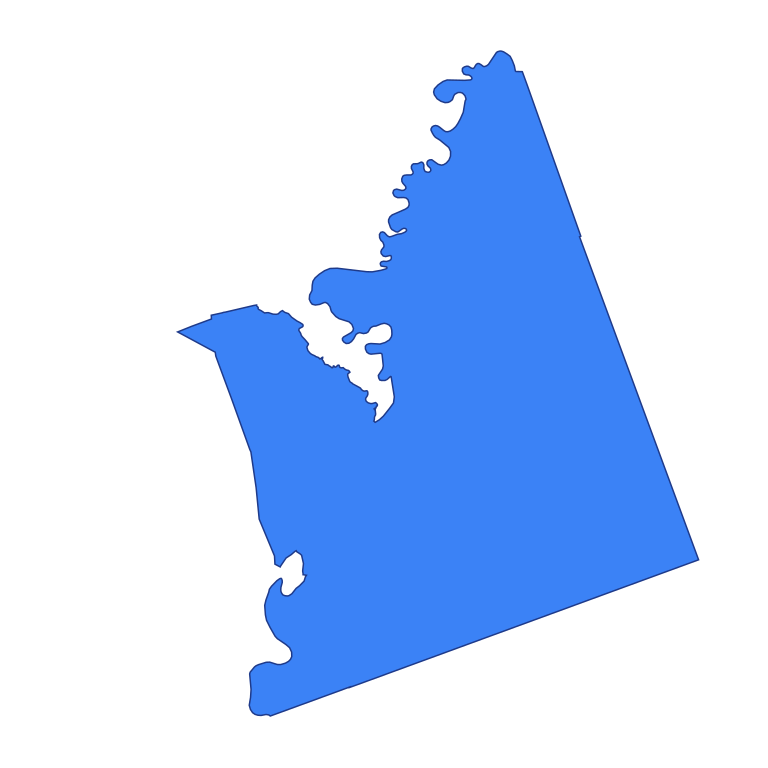 Renmark Paringa, South Australia, Australia, rotated 340°
{"feature_id": "25037944B48526955129661", "entity_name": "Renmark Paringa", "entity_type": "district", "adm_level": 2, "iso_a3": "AUS", "parent_name": "Australia", "parent_adm1": "South Australia", "projection": "orthographic", "projection_center": [140.752, -34.143], "detail": "fine", "context": "isolated", "style": "filled", "palette": "blue", "viewbox_px": 768, "rotation_deg": 340, "n_neighbors": 0, "source": "geoboundaries", "source_scale": "gbopen_adm2", "svg_char_len": 6147}
<svg xmlns="http://www.w3.org/2000/svg" viewBox="0 0 768 768"><g transform="rotate(340 384 384)"><path d="M620.8,137.8L614.9,135.5L614.5,134.7L615.3,129.6L615.2,124.0L614.6,119.2L612.5,116.0L610.0,112.8L608.4,111.5L606.9,110.8L604.6,110.6L603.1,110.9L591.5,119.4L589.3,120.1L587.1,120.1L586.0,119.6L584.3,117.0L582.9,115.4L581.8,114.9L580.3,115.1L579.0,115.9L577.5,117.2L576.4,117.9L575.5,118.0L574.0,116.9L572.0,114.4L570.6,113.7L568.4,113.5L566.6,113.8L565.5,114.5L564.6,116.8L565.0,119.9L566.8,121.5L569.3,122.6L570.6,124.1L571.3,125.8L571.1,127.1L570.4,127.7L569.1,127.8L563.8,126.3L547.3,119.9L543.0,119.9L537.2,121.4L532.4,123.8L530.5,126.6L530.2,129.4L531.5,134.2L534.2,137.8L537.6,140.5L540.5,141.3L542.5,141.2L544.8,140.5L545.6,140.1L548.1,137.1L549.5,136.0L553.1,135.4L555.4,136.1L557.2,137.4L558.1,139.3L558.7,140.9L558.6,143.8L558.3,144.7L557.3,145.5L556.6,146.6L551.4,155.8L546.5,160.9L542.5,164.5L539.4,166.7L536.1,168.1L532.9,168.9L530.4,168.8L528.3,168.0L526.9,166.3L524.1,161.7L522.7,159.9L520.8,158.7L518.7,158.5L517.1,158.9L515.5,160.3L515.0,161.5L515.3,164.7L515.8,167.4L516.7,169.8L520.0,174.0L525.8,183.9L526.1,188.3L524.4,192.7L521.6,195.8L518.1,197.7L515.1,198.3L512.8,198.0L510.0,196.0L505.6,189.6L503.5,189.0L501.8,189.2L500.3,190.3L499.6,192.1L499.9,194.1L501.4,197.1L501.3,198.3L501.0,199.4L500.0,200.1L498.7,200.4L497.2,199.8L495.4,198.4L495.1,196.8L495.2,194.8L496.4,191.8L496.3,189.6L495.4,188.4L494.3,188.2L491.8,188.5L490.7,188.4L487.0,187.2L485.6,187.5L484.2,188.8L483.5,190.8L483.9,194.6L483.5,195.8L482.5,196.5L480.8,196.8L476.7,195.3L474.3,194.8L472.7,195.2L470.8,197.4L470.1,199.8L470.4,201.8L471.9,205.8L471.6,207.5L470.5,208.3L468.8,208.7L466.9,208.2L462.6,205.2L460.5,205.0L459.2,205.4L457.7,207.5L457.9,210.4L458.6,211.7L460.6,213.6L466.3,215.5L468.3,216.7L469.6,218.9L469.5,222.5L468.7,224.6L466.9,226.2L463.9,227.0L449.5,227.9L446.7,229.0L444.5,231.2L443.7,233.3L443.6,239.3L444.2,241.5L447.2,245.0L448.7,245.8L449.5,245.8L454.3,244.5L455.9,244.5L457.3,245.2L457.7,245.7L457.9,246.8L457.6,247.6L456.9,248.0L455.5,248.5L451.8,248.7L447.8,247.9L441.5,247.9L439.4,247.6L437.9,246.0L436.2,241.9L434.8,240.6L432.8,240.4L430.9,241.9L429.9,245.1L430.2,247.9L431.4,250.3L431.5,253.4L430.8,255.1L427.6,257.1L426.3,258.7L426.0,260.5L427.1,263.5L429.1,264.8L433.4,265.3L434.3,265.7L434.4,267.0L433.7,268.7L432.7,269.6L430.7,269.9L428.2,269.7L425.6,268.5L423.6,268.3L422.4,268.7L421.6,269.7L421.5,271.2L421.7,272.2L426.5,274.9L426.6,275.6L426.3,276.2L425.1,276.5L419.8,276.1L411.3,274.6L406.2,272.6L379.6,259.2L372.8,257.0L366.9,257.2L360.8,258.7L355.6,260.7L352.4,263.1L350.4,266.5L348.3,271.5L344.6,274.9L342.8,278.7L343.0,282.1L343.8,284.5L346.5,286.3L350.8,287.2L355.6,287.0L357.0,287.4L358.5,289.1L359.7,292.8L359.4,296.8L359.5,298.3L361.8,304.1L364.2,307.3L372.4,313.6L374.2,317.1L374.3,321.4L373.0,323.4L370.7,324.5L362.0,326.0L360.5,327.0L360.0,328.6L360.6,330.8L362.3,333.0L364.9,333.7L367.9,333.0L370.9,331.2L374.7,327.8L376.8,327.3L378.7,327.4L382.0,329.6L384.9,330.1L386.8,329.7L390.5,326.7L392.6,326.2L394.1,326.2L396.3,326.8L401.7,326.6L404.9,327.0L406.9,328.2L408.9,330.2L410.0,332.8L409.7,336.0L408.5,339.9L407.1,342.2L404.2,344.4L399.3,345.4L393.9,345.1L385.6,341.5L383.4,341.0L381.1,341.1L379.4,342.2L378.5,344.8L378.8,348.3L380.2,350.3L382.0,351.5L391.0,353.8L392.1,354.6L392.3,355.5L389.5,366.8L387.7,369.5L381.6,374.0L381.1,376.5L381.4,378.8L383.0,379.9L386.1,381.0L388.5,380.8L392.3,379.3L392.9,379.2L393.2,379.6L389.3,399.6L386.4,405.1L380.9,408.8L372.4,414.0L367.5,416.0L362.6,417.0L361.7,415.3L362.6,414.5L363.7,411.9L364.6,410.9L365.3,410.4L365.9,409.3L366.8,405.7L366.2,404.6L366.3,403.8L367.4,403.6L367.5,404.4L369.0,402.8L369.2,402.3L370.1,402.3L370.7,401.4L370.6,400.2L369.8,398.6L366.3,398.3L364.9,397.9L362.8,396.4L361.8,394.9L361.3,393.6L361.5,392.0L362.2,390.9L364.3,389.4L365.4,388.0L366.0,386.0L365.9,384.9L365.3,384.4L363.1,384.0L362.0,383.2L360.9,381.5L360.5,379.8L354.7,373.2L354.2,372.1L353.1,370.8L352.7,369.8L352.6,365.4L352.8,363.7L353.2,362.5L353.7,362.0L356.0,361.3L356.0,360.9L355.6,359.6L354.9,358.8L353.7,358.2L352.1,356.4L351.3,354.7L349.3,354.2L348.4,353.5L348.1,352.8L348.2,351.2L348.0,350.8L346.6,350.6L345.4,351.4L343.9,351.5L343.5,351.1L343.2,350.0L343.0,349.8L342.3,349.9L341.9,350.7L341.3,351.1L340.4,350.7L339.7,349.3L338.9,348.5L337.8,346.8L335.2,345.3L334.7,341.3L334.2,339.7L335.4,338.5L335.5,337.9L335.0,337.9L333.0,338.5L332.2,338.4L331.6,336.8L329.2,334.8L328.7,333.9L326.4,331.7L325.2,330.1L323.9,326.6L324.1,323.2L324.6,322.4L326.5,320.9L326.7,320.2L324.9,315.2L323.2,311.3L322.9,309.7L323.0,307.8L322.3,304.5L322.7,303.6L323.5,302.9L327.0,302.4L327.6,302.0L328.1,301.0L327.9,300.0L326.0,297.5L323.8,295.1L320.0,289.6L318.3,285.2L315.2,282.7L313.7,280.3L311.5,280.6L308.6,281.9L306.7,281.7L303.6,280.4L299.9,277.5L298.6,277.0L296.1,276.4L293.7,273.2L291.8,271.1L291.4,270.2L291.9,269.2L291.8,268.5L291.2,267.4L291.1,266.7L291.3,266.2L288.7,265.7L259.5,262.2L257.6,261.8L256.3,261.8L245.2,260.3L244.1,263.9L222.8,264.0L207.9,264.5L236.3,296.4L235.5,300.2L235.5,308.1L235.7,345.4L235.5,399.7L235.7,402.3L228.4,437.6L220.5,468.3L222.3,508.1L219.9,516.0L223.9,520.4L224.7,519.6L232.5,514.0L238.5,512.6L243.2,510.8L244.5,510.6L244.6,511.7L247.1,515.0L248.0,516.8L246.9,525.2L243.6,531.9L243.0,535.0L242.7,535.5L245.7,537.2L244.3,538.2L241.5,541.9L235.6,544.7L231.5,546.0L225.7,549.6L222.2,550.4L220.6,550.1L218.6,549.1L217.0,547.8L216.3,545.8L216.2,543.8L216.6,542.1L217.6,539.8L220.5,535.7L221.1,533.9L221.2,532.3L220.8,531.4L219.4,531.3L216.1,532.2L209.1,535.6L206.1,537.7L204.5,540.2L199.2,546.6L196.2,551.2L193.6,560.4L192.8,565.9L193.7,573.9L195.4,583.8L196.7,586.9L202.7,595.2L205.1,599.5L205.5,604.3L204.1,608.6L201.9,610.8L199.4,612.0L195.9,612.6L191.0,612.3L187.8,611.1L181.5,606.3L178.1,605.2L170.0,604.8L167.4,605.0L165.5,605.6L159.7,609.0L158.6,610.5L154.6,625.6L151.4,632.9L147.5,639.8L147.2,644.2L148.1,647.9L149.8,650.3L152.2,652.1L155.1,653.4L160.1,654.2L162.5,655.5L163.6,657.1L248.5,657.0L248.1,657.4L266.4,657.4L619.5,656.8L618.1,312.5L619.5,312.4L620.8,152.1L620.8,137.8Z" fill="#3b82f6" stroke="#1e3a8a" stroke-width="1.5"/></g></svg>